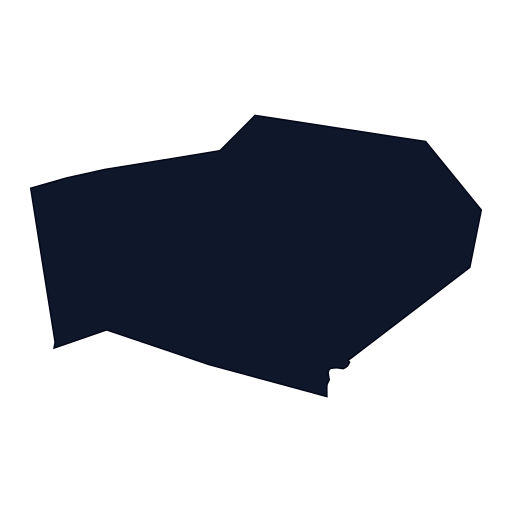 San José Estancia Grande, Oaxaca, Mexico (orthographic projection)
{"feature_id": "50627088B84369404768705", "entity_name": "San José Estancia Grande", "entity_type": "district", "adm_level": 2, "iso_a3": "MEX", "parent_name": "Mexico", "parent_adm1": "Oaxaca", "projection": "orthographic", "projection_center": [-98.255, 16.376], "detail": "fine", "context": "isolated", "style": "filled", "palette": "ink", "viewbox_px": 512, "rotation_deg": 0, "n_neighbors": 0, "source": "geoboundaries", "source_scale": "gbopen_adm2", "svg_char_len": 630}
<svg xmlns="http://www.w3.org/2000/svg" viewBox="0 0 512 512"><path d="M54.0,348.1L106.5,329.9L159.0,347.6L208.7,364.5L258.8,378.1L326.9,396.6L326.8,387.6L327.0,384.5L329.3,379.7L328.8,377.5L328.1,372.5L329.1,369.6L330.7,368.3L336.0,367.8L337.9,367.9L343.1,368.7L345.2,367.7L347.6,365.9L349.6,362.2L347.9,360.4L351.5,357.8L411.3,312.1L469.8,267.4L481.3,210.0L453.9,176.3L425.6,141.5L395.1,136.9L332.7,127.3L255.1,115.4L235.1,135.5L231.0,139.6L219.9,150.7L164.6,159.8L163.7,159.8L163.2,160.0L162.7,160.1L105.0,169.4L66.3,178.0L30.7,188.2L38.4,237.0L55.1,342.3L54.0,348.1Z" fill="#0f172a" stroke="#020617" stroke-width="1.5"/></svg>